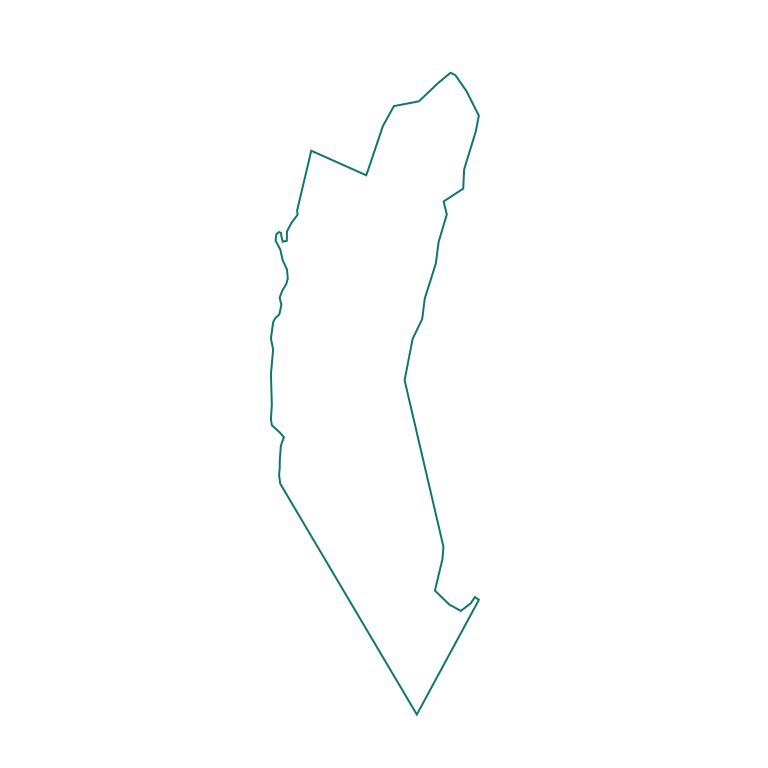 the district of La Haut, Soufrière, Saint Lucia, rotated 101°
{"feature_id": "8701671B5410324269547", "entity_name": "La Haut", "entity_type": "district", "adm_level": 2, "iso_a3": "LCA", "parent_name": "Saint Lucia", "parent_adm1": "Soufrière", "projection": "albers", "projection_center": [-61.057, 13.863], "detail": "fine", "context": "isolated", "style": "outline", "palette": "teal", "viewbox_px": 768, "rotation_deg": 101, "n_neighbors": 0, "source": "geoboundaries", "source_scale": "gbopen_adm2", "svg_char_len": 1025}
<svg xmlns="http://www.w3.org/2000/svg" viewBox="0 0 768 768"><g transform="rotate(101 384 384)"><path d="M577.7,249.8L575.8,254.1L582.6,256.9L592.1,265.3L588.0,277.9L577.1,294.6L544.6,293.2L532.4,294.6L376.4,364.5L334.4,364.5L312.7,358.9L292.4,360.3L255.8,356.1L234.1,357.5L205.6,354.7L193.4,360.3L177.1,343.5L158.1,346.3L118.8,342.1L102.5,342.1L80.8,358.9L67.3,372.8L65.8,378.1L78.1,388.2L99.8,403.6L109.3,427.3L131.0,434.3L173.0,439.9L182.5,441.3L168.9,499.9L230.4,502.4L234.2,501.1L244.1,505.8L252.8,508.4L261.9,506.7L263.6,510.5L258.2,513.1L255.3,513.9L254.9,516.1L257.4,518.2L264.0,517.8L271.9,511.4L281.8,507.1L290.1,501.1L298.8,498.6L304.6,499.0L311.6,501.6L319.1,502.9L325.7,499.9L330.2,499.9L333.6,499.9L336.1,500.3L340.2,503.3L344.4,504.6L360.9,503.7L371.3,499.4L395.7,496.9L426.0,490.1L440.1,488.3L445.9,486.2L451.7,476.8L455.4,472.1L460.8,473.0L464.9,473.4L479.0,471.7L486.0,470.4L493.5,469.6L498.6,467.9L501.7,466.8L702.2,288.7L578.5,249.9L577.7,249.8Z" fill="none" stroke="#0f766e" stroke-width="2"/></g></svg>